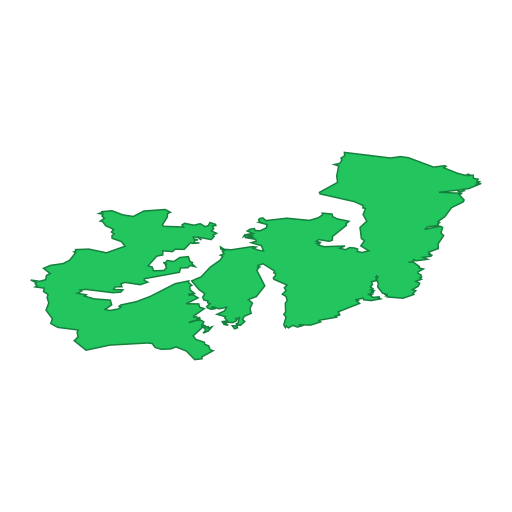 outline of Flakstad nor, Nordland, Norway
{"feature_id": "86288312B97384996030155", "entity_name": "Flakstad nor", "entity_type": "district", "adm_level": 2, "iso_a3": "NOR", "parent_name": "Norway", "parent_adm1": "Nordland", "projection": "equal_earth", "projection_center": [13.24, 68.069], "detail": "fine", "context": "isolated", "style": "filled", "palette": "green", "viewbox_px": 512, "rotation_deg": 0, "n_neighbors": 0, "source": "geoboundaries", "source_scale": "gbopen_adm2", "svg_char_len": 6093}
<svg xmlns="http://www.w3.org/2000/svg" viewBox="0 0 512 512"><path d="M390.4,158.0L344.4,152.4L344.6,155.8L341.0,158.1L341.9,160.2L339.6,163.5L334.3,164.5L338.7,166.0L336.7,176.0L337.6,182.4L319.4,192.4L320.0,193.9L354.3,201.6L363.4,205.7L362.8,207.9L365.5,208.4L363.1,214.6L366.8,221.2L360.0,227.5L361.4,238.6L364.5,240.7L360.8,245.9L368.8,250.8L362.1,252.5L357.3,251.5L357.7,249.1L354.6,248.0L349.5,247.6L345.6,249.7L339.7,248.2L345.0,246.0L324.0,246.7L317.9,244.9L319.4,243.6L317.1,243.3L319.9,242.2L316.1,241.3L318.9,239.6L329.2,241.3L332.4,240.1L332.5,236.5L346.4,225.3L345.9,223.8L349.0,221.3L337.3,218.9L332.8,216.8L332.1,214.1L322.2,213.1L322.7,214.8L318.1,217.8L309.3,220.4L286.8,218.2L265.8,220.6L262.9,217.9L259.5,218.6L258.5,220.0L260.1,221.9L258.7,222.3L267.0,224.5L266.5,227.7L260.0,230.8L255.1,230.5L254.4,228.6L250.1,229.2L247.2,231.0L253.1,233.4L244.7,234.8L243.7,236.5L246.7,235.0L253.4,235.6L250.2,236.0L254.3,238.5L248.2,236.5L244.8,237.5L255.5,239.3L256.4,241.1L251.2,242.7L261.3,245.6L263.6,250.9L258.9,250.4L253.3,248.2L255.9,247.1L252.0,246.6L231.3,249.8L224.2,249.3L220.5,247.0L220.9,249.1L225.9,250.0L222.3,251.1L224.0,253.8L220.4,255.2L222.7,256.3L220.2,260.1L210.2,267.2L201.2,276.8L191.7,280.9L199.1,289.7L204.8,293.7L202.7,297.2L203.9,300.1L207.9,300.9L207.6,302.7L210.1,303.7L206.8,306.4L207.2,307.7L210.9,309.3L215.6,308.7L211.2,307.0L213.6,307.5L212.8,306.7L218.9,308.8L226.5,307.3L224.6,310.9L217.0,314.3L225.6,316.7L224.8,318.1L227.4,320.8L222.2,321.6L224.1,324.5L228.2,325.3L224.0,322.2L232.8,322.6L236.0,321.0L237.1,319.5L235.8,318.8L239.4,317.6L237.8,323.7L235.7,323.7L237.1,324.2L236.1,325.9L232.3,325.7L234.5,328.8L237.5,327.8L236.9,325.1L240.5,325.3L244.8,321.4L242.5,319.6L244.3,316.3L251.2,313.3L249.9,308.6L252.5,303.1L248.3,299.6L256.3,296.6L264.8,285.9L256.8,270.3L258.6,268.1L257.7,267.2L259.8,266.9L258.2,265.3L263.1,263.8L274.5,271.0L273.8,272.9L275.5,273.3L275.6,275.3L273.3,278.0L273.9,279.3L287.2,285.1L284.3,287.7L286.0,290.8L282.3,294.2L286.1,296.5L287.2,300.6L285.3,303.2L285.6,312.1L283.8,314.4L286.0,317.1L283.8,324.9L285.4,327.7L286.4,326.1L288.5,327.9L292.8,325.4L297.5,327.1L301.8,325.8L298.6,324.7L310.6,325.1L320.6,321.9L319.0,320.8L319.9,320.1L336.5,317.2L335.4,316.1L340.2,315.0L338.3,315.1L339.6,314.4L338.1,311.9L359.6,303.4L356.7,300.8L357.8,300.4L355.2,299.7L363.3,298.2L363.6,299.8L371.2,300.6L380.6,298.8L378.0,297.6L379.8,296.8L372.9,297.4L370.7,295.5L371.7,294.8L367.6,294.5L373.3,292.8L373.5,291.6L370.9,292.2L373.8,290.7L370.8,289.9L373.1,288.9L370.3,286.7L372.5,284.6L371.5,281.6L376.9,280.6L375.9,279.8L377.0,278.2L375.6,277.3L376.7,275.8L378.1,276.9L376.5,279.6L378.3,283.3L377.7,286.9L382.6,293.2L385.8,294.0L384.1,294.2L386.0,294.4L385.7,295.7L387.2,294.8L387.2,297.0L403.1,298.2L413.8,294.5L412.9,293.5L415.8,290.7L412.3,289.6L418.3,286.2L419.6,283.2L415.7,281.3L421.5,279.3L419.8,277.9L421.6,277.1L421.0,275.0L417.8,273.2L418.1,271.8L423.4,269.0L419.2,268.0L419.3,266.5L413.2,262.0L408.4,262.3L414.2,261.5L412.4,261.5L414.1,260.5L413.3,259.1L415.8,260.8L427.5,259.3L423.0,257.3L430.8,256.3L431.8,255.3L429.2,254.6L430.4,254.1L428.4,252.2L438.3,248.6L438.1,243.9L443.6,235.6L441.0,233.0L442.6,227.4L440.3,226.3L424.7,229.3L427.8,226.8L438.5,225.3L437.7,223.8L439.6,222.6L437.9,221.6L444.7,216.8L451.6,207.6L463.3,201.8L464.1,200.0L458.8,194.3L461.2,193.9L461.6,193.3L439.0,192.3L459.5,189.9L458.4,191.5L460.0,191.8L464.2,190.7L462.2,189.4L468.7,188.6L481.3,183.4L477.0,183.9L479.3,181.8L476.8,182.0L478.2,179.2L473.5,178.4L473.2,175.2L468.4,175.6L469.2,174.5L467.9,174.2L465.5,175.4L457.5,173.3L443.8,167.8L446.0,166.3L444.7,165.7L433.5,167.1L408.4,157.7L400.4,156.6L390.4,158.0ZM194.7,359.6L202.0,358.8L202.0,356.8L213.1,350.7L210.2,349.8L208.7,345.9L204.7,344.3L204.4,342.3L196.0,339.5L193.1,335.9L201.9,327.9L201.8,325.9L205.9,329.9L203.1,333.1L208.4,331.0L211.9,326.9L207.9,328.3L208.2,326.6L204.4,327.1L205.2,325.8L202.3,324.5L203.9,322.0L200.9,320.2L196.5,320.4L190.1,322.4L188.9,322.3L199.9,319.0L199.6,317.5L197.3,318.4L196.7,316.5L194.1,317.5L193.5,316.1L204.2,308.7L199.7,307.2L198.7,303.9L186.0,303.8L198.0,297.9L193.1,294.8L189.1,295.3L189.0,294.2L194.5,293.5L190.2,289.9L189.6,286.4L191.9,285.4L188.4,282.5L188.8,280.9L175.1,283.7L150.3,296.4L135.9,301.8L121.0,304.9L119.1,306.2L121.0,307.1L118.2,309.0L109.7,310.5L105.1,309.4L111.7,304.8L110.3,300.1L94.1,298.9L84.3,296.0L86.2,294.8L77.4,293.3L81.6,291.1L80.2,290.0L85.8,289.4L112.7,292.7L120.7,292.2L122.9,289.8L113.5,289.5L115.1,286.9L121.9,286.7L120.9,283.8L125.0,282.4L140.3,284.7L147.7,282.1L144.1,280.3L144.5,278.7L179.4,272.3L180.5,268.0L187.8,267.7L190.1,265.5L195.0,266.6L191.9,263.8L192.5,262.5L190.0,261.6L188.4,256.6L179.8,257.5L173.8,261.5L167.2,260.5L165.2,262.8L163.2,262.5L167.0,264.6L165.2,264.2L166.5,267.9L163.9,270.5L153.5,270.8L152.3,267.1L148.1,265.8L156.7,256.2L162.8,254.9L162.7,250.8L172.5,251.6L175.2,249.2L184.2,249.4L190.8,242.5L192.3,243.4L199.4,242.9L194.4,242.8L194.5,240.3L198.0,239.9L193.5,238.7L193.3,237.0L197.5,237.2L201.4,240.0L199.2,237.3L211.2,239.6L214.1,236.5L212.9,235.2L216.6,233.3L211.3,230.9L213.7,228.8L212.2,226.1L215.9,225.5L215.5,224.4L209.9,222.5L208.4,225.7L205.1,226.6L200.2,223.7L194.0,225.2L184.5,223.3L182.0,224.9L183.6,227.0L163.4,226.3L162.4,224.9L167.3,217.1L167.6,213.5L170.4,212.3L165.3,209.5L143.9,211.0L133.2,216.5L122.6,214.8L111.9,210.7L101.1,211.7L102.7,212.1L99.0,213.5L103.1,214.2L102.0,216.0L104.4,218.3L100.3,221.1L102.5,221.5L105.8,225.8L113.6,229.3L112.0,229.0L113.6,229.7L111.4,232.0L114.1,233.9L111.9,235.9L112.1,238.3L121.4,241.6L125.1,246.2L106.4,252.8L88.9,249.1L75.5,249.6L75.6,251.4L74.0,251.8L75.5,252.8L69.7,260.2L63.0,263.6L50.8,265.3L43.5,268.3L50.2,273.6L46.5,275.4L45.6,279.7L39.6,281.3L30.7,280.0L36.4,282.7L35.2,283.8L37.1,285.7L35.2,286.9L44.4,288.2L43.5,291.6L48.0,294.4L47.1,297.7L48.8,303.0L46.0,310.1L52.4,318.8L50.7,323.5L57.8,327.4L78.3,330.0L77.1,332.3L78.1,336.9L74.2,340.7L86.0,350.2L109.7,345.1L147.2,343.0L152.2,343.5L155.1,347.4L161.2,349.3L170.9,348.9L175.9,346.9L186.4,351.1L194.7,359.6Z" fill="#22c55e" stroke="#15803d" stroke-width="1.5"/></svg>